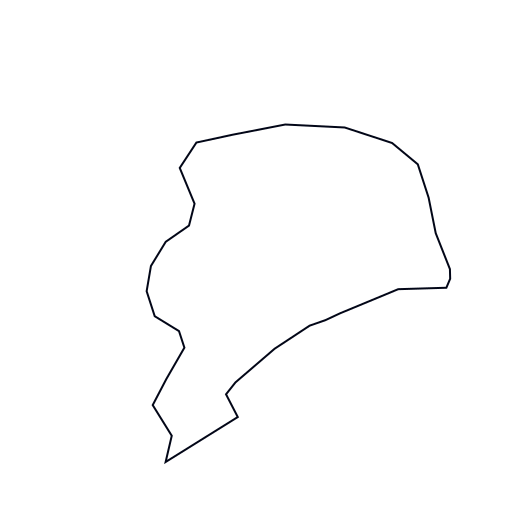 the border of Lwengo, rotated 148°
{"feature_id": "UGA-5617", "entity_name": "Lwengo", "entity_type": "District", "adm_level": 1, "iso_a3": "UGA", "parent_name": "Uganda", "parent_adm1": "", "projection": "albers", "projection_center": [31.468, -0.432], "detail": "fine", "context": "isolated", "style": "outline", "palette": "ink", "viewbox_px": 512, "rotation_deg": 148, "n_neighbors": 0, "source": "natural_earth", "source_scale": "10m", "svg_char_len": 557}
<svg xmlns="http://www.w3.org/2000/svg" viewBox="0 0 512 512"><g transform="rotate(148 256 256)"><path d="M111.4,128.2L153.0,152.5L214.7,162.8L231.0,164.8L247.4,168.5L289.3,167.5L340.4,159.7L354.7,154.6L356.8,129.1L441.8,129.2L422.7,148.2L422.6,184.3L397.2,199.2L365.3,216.2L361.1,233.1L373.8,258.6L367.4,284.1L350.4,303.2L325.0,315.9L296.7,317.3L280.4,332.9L274.0,371.1L246.4,383.8L211.7,371.3L161.5,352.0L112.7,318.0L80.7,279.7L70.2,248.0L78.7,214.0L91.5,180.1L98.5,142.1L103.4,133.8L111.4,128.2Z" fill="none" stroke="#020617" stroke-width="2"/></g></svg>